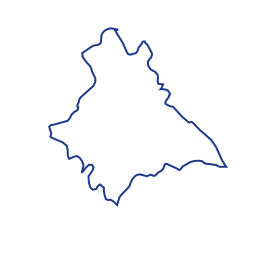 the Governorate of Al Gharbiyah, rotated 322°
{"feature_id": "EGY-1530", "entity_name": "Al Gharbiyah", "entity_type": "Governorate", "adm_level": 1, "iso_a3": "EGY", "parent_name": "Egypt", "parent_adm1": "", "projection": "equal_earth", "projection_center": [31.057, 30.849], "detail": "fine", "context": "isolated", "style": "outline", "palette": "blue", "viewbox_px": 256, "rotation_deg": 322, "n_neighbors": 0, "source": "natural_earth", "source_scale": "10m", "svg_char_len": 2156}
<svg xmlns="http://www.w3.org/2000/svg" viewBox="0 0 256 256"><g transform="rotate(322 128 128)"><path d="M120.3,182.2L119.1,181.9L116.9,178.5L114.9,178.2L112.9,177.3L108.9,171.9L106.4,170.6L103.7,170.3L100.8,170.8L98.2,171.8L95.5,173.3L93.1,174.9L80.8,176.7L78.3,177.5L75.1,179.8L72.0,182.0L71.5,177.4L70.2,173.9L68.0,172.5L66.8,170.4L68.5,165.9L70.9,161.7L72.2,160.5L71.2,155.3L68.7,155.2L65.4,156.4L62.2,155.0L61.8,151.5L63.5,147.2L65.9,143.4L67.3,141.7L73.6,139.7L76.6,138.0L77.0,134.9L74.7,133.0L71.3,133.2L63.9,134.9L69.5,130.5L70.6,128.6L71.4,125.5L71.6,121.8L70.6,118.7L68.1,117.5L62.7,116.1L63.5,112.8L66.7,108.5L68.8,104.3L67.7,99.1L62.0,88.9L61.5,87.1L64.3,84.9L66.6,78.6L68.3,78.2L70.1,78.8L70.7,79.3L84.9,85.2L87.7,84.6L91.8,82.7L95.3,82.3L99.1,82.8L101.0,81.8L101.6,81.2L101.2,80.1L101.5,79.5L102.4,78.7L105.1,77.2L107.4,75.5L109.5,74.7L126.8,73.5L130.8,71.4L132.9,68.6L134.2,62.4L135.3,59.6L136.0,57.0L136.2,55.2L135.8,49.9L135.8,46.6L136.2,43.7L138.1,40.8L151.0,41.6L156.3,44.3L158.9,44.2L164.0,38.8L166.8,37.3L169.5,37.0L172.1,37.3L174.4,38.1L175.9,39.1L180.8,44.5L179.2,43.9L178.8,43.4L178.1,42.9L177.8,43.5L176.1,58.7L173.9,67.1L173.6,69.7L174.8,71.5L176.2,72.2L177.7,72.7L179.9,73.8L180.6,73.9L183.2,72.9L185.3,71.5L187.7,70.7L190.1,70.3L192.3,69.1L193.5,69.3L194.5,70.1L194.1,71.8L194.5,74.2L193.0,83.3L192.4,84.7L189.8,86.6L187.0,87.1L184.4,88.0L182.4,91.2L181.9,95.3L182.7,97.8L183.9,100.3L184.1,104.3L182.5,107.0L180.1,109.3L179.2,111.9L182.5,115.3L181.2,115.9L180.4,116.5L179.4,117.1L177.5,117.5L179.0,118.5L180.6,120.1L181.9,121.8L182.5,123.0L182.3,126.4L181.8,127.4L180.8,127.5L179.2,128.6L173.7,130.4L172.5,131.8L173.2,134.1L174.3,136.3L176.6,139.2L177.6,152.6L179.2,160.5L179.7,161.5L180.9,161.7L182.0,162.4L182.5,164.8L183.3,173.4L186.2,188.2L185.8,196.8L182.2,211.5L181.5,219.0L176.4,215.1L174.5,211.3L169.5,206.0L167.5,204.3L166.4,202.0L165.9,199.7L164.3,198.0L162.5,196.5L159.1,194.4L156.1,193.2L147.7,192.0L144.1,192.8L142.8,192.9L142.2,191.9L141.5,189.9L136.6,180.4L135.7,179.5L135.0,179.3L130.9,181.6L129.7,182.0L127.9,182.2L126.6,182.1L124.5,181.6L120.3,182.2Z" fill="none" stroke="#1e3a8a" stroke-width="2"/></g></svg>